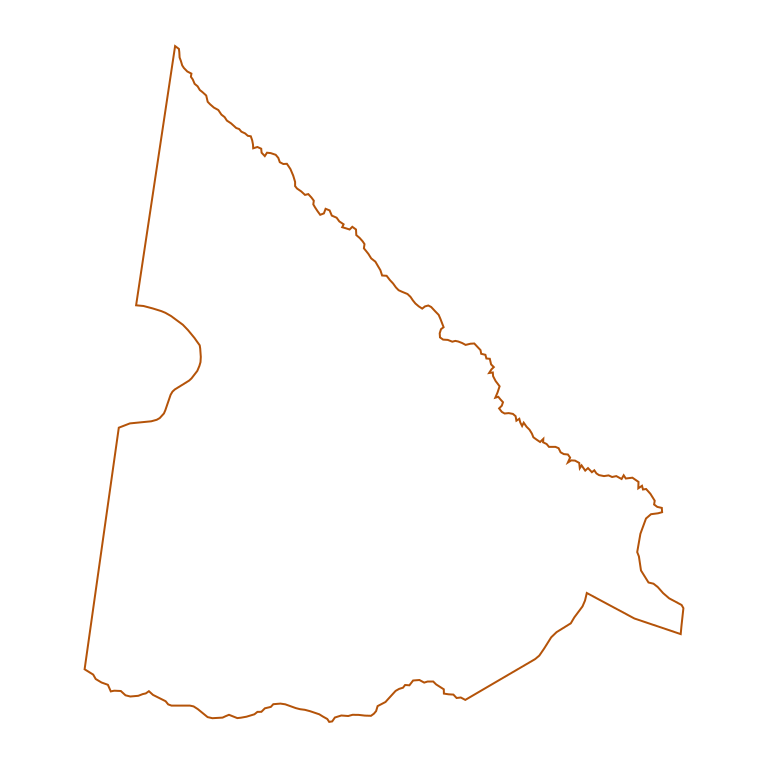 outline of Chapadão do Céu, Goiás, Brazil
{"feature_id": "56859067B16920149429601", "entity_name": "Chapadão do Céu", "entity_type": "district", "adm_level": 2, "iso_a3": "BRA", "parent_name": "Brazil", "parent_adm1": "Goiás", "projection": "orthographic", "projection_center": [-52.582, -18.383], "detail": "fine", "context": "isolated", "style": "outline", "palette": "amber", "viewbox_px": 768, "rotation_deg": 0, "n_neighbors": 0, "source": "geoboundaries", "source_scale": "gbopen_adm2", "svg_char_len": 3972}
<svg xmlns="http://www.w3.org/2000/svg" viewBox="0 0 768 768"><path d="M465.3,699.9L535.1,659.1L539.3,655.6L544.1,648.6L551.2,637.3L556.6,632.1L570.8,623.3L574.3,617.4L582.5,606.4L585.0,600.6L586.8,593.0L634.4,618.5L680.7,634.1L681.5,625.6L683.4,608.2L681.6,605.0L669.1,598.3L663.1,593.1L657.8,587.1L653.5,583.7L648.5,582.5L641.0,570.5L638.9,556.4L637.2,552.1L640.4,533.8L646.0,518.5L651.0,514.2L658.0,513.3L662.1,512.2L661.8,507.9L657.3,506.9L654.1,504.5L654.7,500.7L650.4,493.8L646.1,489.0L643.0,489.5L642.0,485.8L638.3,488.3L638.5,481.9L632.4,477.7L625.8,478.5L623.7,475.3L621.6,479.0L616.3,476.1L612.1,477.0L608.6,475.4L604.0,476.1L599.0,475.1L596.4,473.4L594.3,470.3L591.9,472.2L588.0,468.1L585.2,470.6L581.6,465.4L579.8,468.2L579.2,462.9L575.0,460.6L571.3,460.4L567.9,462.5L570.1,457.6L567.9,454.5L563.8,454.1L560.6,452.3L558.6,448.2L555.5,446.9L549.0,446.9L546.6,444.0L543.1,442.3L543.3,438.9L540.1,442.0L536.7,439.7L533.4,437.3L531.9,433.6L529.5,429.7L526.6,426.8L523.7,422.7L522.1,426.0L520.3,422.5L519.3,418.8L516.4,420.7L515.6,416.2L512.9,413.9L508.7,413.1L504.6,413.5L501.8,411.9L499.1,408.4L501.8,405.7L503.0,402.2L500.5,399.5L498.3,396.8L495.3,397.7L497.5,392.6L499.6,386.3L495.6,381.0L493.1,376.2L492.8,372.5L489.1,373.0L491.5,369.3L493.8,367.1L491.1,364.4L489.8,358.8L486.4,358.5L485.4,354.8L481.2,353.8L480.5,350.1L477.2,346.6L474.3,343.5L470.6,343.7L465.6,344.9L462.1,343.0L458.2,341.5L455.3,340.9L452.3,341.7L447.8,339.9L443.1,339.6L440.0,337.4L439.7,333.3L441.0,329.2L443.6,327.2L440.5,319.1L438.7,314.9L435.1,311.2L431.2,307.0L428.3,305.5L425.0,306.4L422.2,308.6L418.8,306.4L415.4,303.5L412.8,300.3L410.6,297.0L407.5,294.0L402.1,291.8L398.6,290.2L395.9,287.4L393.1,283.5L390.0,280.2L386.6,275.8L382.1,275.5L380.4,270.2L378.2,266.5L375.4,261.7L371.2,258.4L368.4,253.9L363.9,248.3L364.5,244.1L362.7,241.4L359.7,238.0L356.3,235.1L356.0,229.5L352.3,226.8L349.6,229.5L345.9,228.3L342.2,227.2L343.6,224.3L339.3,221.4L336.6,217.7L331.8,215.6L329.6,210.4L325.6,208.8L323.9,213.4L320.2,214.8L317.5,211.1L315.0,207.3L313.3,204.4L313.8,200.7L311.5,197.6L308.3,194.1L305.0,194.9L301.2,191.4L297.0,188.5L295.1,186.1L295.1,181.9L293.2,175.6L290.4,169.0L286.9,163.8L283.3,164.0L279.8,162.2L278.3,157.9L275.7,154.8L270.7,153.1L267.0,152.7L264.8,156.1L261.6,152.7L261.2,148.7L257.4,147.0L253.2,148.3L253.0,144.6L252.2,140.4L250.8,136.3L247.8,135.8L245.1,133.4L241.4,131.7L239.1,129.0L236.2,128.0L231.0,123.3L226.9,120.6L224.6,117.1L221.4,114.6L218.3,110.0L213.9,107.6L210.1,104.3L207.7,101.8L206.2,95.5L202.2,91.9L199.8,90.0L197.6,86.3L194.6,83.8L192.8,79.5L190.9,76.8L191.4,73.6L187.3,71.5L183.9,68.0L182.2,65.4L180.9,61.0L179.6,57.5L179.3,52.1L178.9,48.9L175.1,46.1L136.1,305.3L143.5,306.0L152.6,308.4L161.3,311.1L165.4,312.8L171.0,316.0L182.9,324.8L187.9,330.0L194.5,338.0L196.6,341.0L199.7,345.3L200.2,348.5L200.8,356.9L200.5,362.1L199.4,365.9L197.3,370.9L191.5,378.4L189.1,380.6L174.9,389.4L172.5,391.6L170.6,394.8L165.3,410.3L163.9,413.5L159.7,418.1L156.7,419.8L151.2,421.3L129.9,423.4L118.8,427.7L84.6,669.3L93.2,674.6L95.7,679.0L101.5,682.5L107.9,684.8L110.8,691.4L114.2,690.7L120.8,691.0L125.5,695.3L130.3,696.5L138.3,695.8L142.7,694.1L145.8,693.4L148.9,691.2L153.0,694.9L165.6,701.2L168.2,704.4L171.5,705.6L189.9,705.6L193.6,706.4L197.8,709.1L207.6,717.1L212.4,718.2L222.6,717.6L225.6,716.2L229.0,714.8L237.3,718.1L240.9,717.7L246.5,716.7L254.4,714.3L257.4,711.9L261.4,711.8L264.9,708.3L270.8,706.9L273.3,704.2L280.4,703.6L285.2,704.3L295.8,708.1L300.1,709.2L304.8,709.8L310.1,711.2L319.3,714.3L323.0,716.6L327.3,719.0L329.2,721.9L332.2,721.4L334.9,717.5L341.3,715.5L348.2,716.0L352.6,714.8L358.7,714.9L364.9,715.6L371.0,715.8L373.9,713.7L376.1,711.1L377.6,706.1L385.5,702.0L388.0,699.2L395.6,690.9L399.1,688.9L403.0,687.7L405.1,685.0L409.4,685.3L413.1,680.5L419.4,680.0L424.2,682.6L427.7,681.5L433.2,681.5L436.1,684.4L443.8,689.3L443.9,693.6L448.6,694.3L453.4,694.6L456.6,698.0L460.8,697.5L465.3,699.9Z" fill="none" stroke="#b45309" stroke-width="2"/></svg>